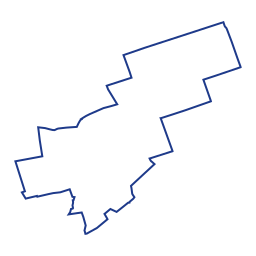 Uda-Clocociov, Teleorman, Romania (Equal Earth projection)
{"feature_id": "2599482B85467448595775", "entity_name": "Uda-Clocociov", "entity_type": "district", "adm_level": 2, "iso_a3": "ROU", "parent_name": "Romania", "parent_adm1": "Teleorman", "projection": "equal_earth", "projection_center": [24.718, 43.898], "detail": "fine", "context": "isolated", "style": "outline", "palette": "blue", "viewbox_px": 256, "rotation_deg": 0, "n_neighbors": 0, "source": "geoboundaries", "source_scale": "gbopen_adm2", "svg_char_len": 1419}
<svg xmlns="http://www.w3.org/2000/svg" viewBox="0 0 256 256"><path d="M85.4,233.8L86.8,233.6L90.2,231.7L96.9,228.0L107.5,219.2L106.8,217.9L104.5,213.9L105.5,213.1L110.4,209.0L116.6,211.9L123.2,206.7L128.0,202.8L129.5,202.6L129.6,201.8L129.9,201.6L131.9,199.9L133.3,198.7L134.4,197.2L132.5,194.4L132.2,193.6L131.5,188.4L131.5,188.2L131.0,185.9L131.2,185.7L138.4,179.0L154.5,164.1L151.8,161.7L151.1,161.2L150.3,160.0L149.6,158.5L150.0,158.4L172.5,151.2L172.4,150.7L160.7,118.2L160.9,118.2L173.0,114.3L185.5,110.2L210.9,101.3L210.7,100.5L203.4,79.7L204.0,79.5L215.6,75.7L240.6,67.2L240.5,66.6L237.6,58.7L232.6,44.4L231.8,42.1L227.4,30.5L226.5,28.3L225.9,27.5L224.9,26.5L224.4,25.2L223.4,22.2L144.4,47.9L123.5,55.1L129.7,72.1L131.5,77.7L106.7,85.7L108.1,89.4L117.2,104.3L111.1,106.1L103.5,108.1L90.0,114.0L86.2,115.9L83.7,117.4L81.2,119.0L81.5,119.3L80.6,119.8L79.5,121.5L78.4,123.5L76.8,126.9L66.5,127.6L58.5,128.5L57.3,128.8L54.6,130.1L52.7,130.0L49.7,129.3L47.4,128.7L45.1,128.1L39.1,127.4L38.2,127.3L39.8,140.5L42.3,156.3L33.7,157.9L15.4,161.3L24.9,191.3L21.9,192.4L25.7,198.6L27.7,198.1L37.0,195.9L37.3,196.7L48.5,194.1L53.2,193.1L60.3,192.3L69.7,189.3L72.4,196.8L74.5,197.1L73.5,200.2L72.8,200.3L73.1,202.2L72.9,203.8L72.5,205.3L73.0,208.1L72.7,208.6L71.0,209.0L70.2,212.1L68.7,214.4L77.4,213.1L81.7,212.5L83.3,216.9L85.7,225.5L84.5,230.5L85.0,232.1L85.4,233.8Z" fill="none" stroke="#1e3a8a" stroke-width="2"/></svg>